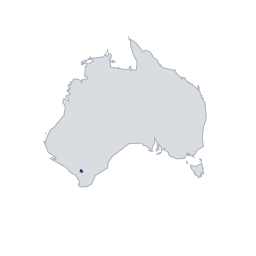 Tammin, Western Australia, Australia shown in context, rotated 327°
{"feature_id": "25037944B7078020583356", "entity_name": "Tammin", "entity_type": "district", "adm_level": 2, "iso_a3": "AUS", "parent_name": "Australia", "parent_adm1": "Western Australia", "projection": "orthographic", "projection_center": [117.495, -31.605], "detail": "fine", "context": "in_parent", "style": "filled", "palette": "blue", "viewbox_px": 256, "rotation_deg": 327, "n_neighbors": 0, "source": "geoboundaries", "source_scale": "gbopen_adm2", "svg_char_len": 4052}
<svg xmlns="http://www.w3.org/2000/svg" viewBox="0 0 256 256"><g transform="rotate(327 128 128)"><path d="M180.9,61.0L182.2,72.3L185.2,72.5L188.1,76.6L187.8,83.3L189.4,86.2L188.9,92.5L189.8,96.0L198.0,104.8L199.6,115.7L200.5,116.5L201.0,114.8L202.5,117.3L203.0,116.5L202.7,121.7L203.5,123.6L205.6,126.0L208.2,136.1L206.5,141.6L206.2,148.9L200.2,160.5L197.1,164.4L191.6,168.2L184.7,177.1L181.3,184.5L174.1,184.2L169.7,186.5L167.5,186.2L167.5,188.2L165.1,184.5L165.8,184.0L165.8,183.3L165.2,183.1L163.7,184.0L163.1,183.0L164.8,182.3L164.3,181.2L158.6,184.2L152.1,180.4L147.7,174.0L148.4,169.9L146.5,165.7L147.6,166.0L147.9,164.9L143.7,165.2L145.4,162.7L144.7,158.5L142.3,162.7L139.3,162.6L140.1,161.2L141.4,161.4L144.7,155.6L145.0,150.8L142.0,155.3L138.7,156.7L136.1,159.2L136.2,160.8L135.0,160.4L133.4,158.4L134.6,158.6L134.2,155.5L132.9,151.9L131.4,151.3L131.6,148.3L120.3,141.7L99.2,143.3L92.3,146.3L89.2,150.4L74.8,150.1L67.0,155.1L61.7,154.8L55.8,151.4L55.6,147.9L57.1,148.5L58.3,146.3L58.3,139.2L55.6,133.9L54.6,127.2L47.2,113.4L50.0,114.8L48.2,110.6L49.5,113.1L51.6,113.7L47.9,105.1L50.2,93.0L50.8,95.8L53.2,92.7L62.0,87.1L65.1,87.4L81.2,82.4L87.4,75.7L87.1,71.2L90.4,68.2L92.9,73.3L94.4,70.6L92.8,68.5L93.3,67.4L98.6,68.5L96.9,67.9L98.1,66.0L97.2,64.2L100.1,64.2L99.1,62.9L101.4,62.8L100.7,60.9L102.8,59.0L102.9,60.3L104.6,60.2L104.8,57.9L107.1,58.9L108.7,57.2L111.2,58.7L114.4,62.3L113.7,64.8L116.1,62.5L120.8,64.7L121.8,63.4L119.8,61.2L125.9,53.0L126.9,53.7L129.0,51.8L129.6,52.8L135.3,52.9L135.3,50.8L131.5,48.7L132.2,48.2L145.6,54.8L149.7,53.8L148.6,55.4L150.2,56.6L152.4,54.9L154.0,57.0L151.6,60.5L149.2,60.4L149.1,63.3L146.6,67.4L157.8,77.7L161.0,79.2L161.8,81.3L166.9,83.8L171.5,77.6L172.9,67.5L173.9,63.8L175.3,63.2L174.4,61.3L178.3,54.8L180.9,61.0ZM159.9,193.6L164.3,197.2L170.6,197.6L168.8,203.8L168.9,202.6L167.8,203.7L166.2,207.6L164.8,205.4L162.2,208.6L159.8,207.6L160.6,206.7L159.0,204.4L159.2,201.0L160.0,201.8L159.0,196.9L159.9,193.6ZM125.1,47.4L129.1,47.9L130.2,49.1L127.5,51.0L125.1,47.4ZM137.4,165.4L143.2,166.3L140.6,166.9L137.4,165.4ZM152.5,63.3L153.1,65.6L150.7,64.8L151.2,63.3L152.5,63.3ZM208.1,135.0L208.6,132.4L209.9,130.6L209.9,132.2L208.1,135.0ZM170.8,192.8L172.3,193.8L172.0,194.7L170.8,192.8ZM124.6,48.0L125.9,50.3L123.4,49.8L124.6,48.0ZM159.1,189.9L158.1,189.4L159.1,188.0L159.1,189.9ZM164.1,78.0L162.9,78.5L161.7,78.6L162.4,77.5L164.1,78.0ZM47.1,112.8L46.2,111.5L46.1,110.4L47.1,112.8ZM171.4,195.4L171.8,196.2L170.8,195.3L171.4,195.4ZM203.3,122.3L204.1,122.6L203.8,123.7L203.3,122.3ZM189.2,92.4L190.1,93.4L189.8,93.7L189.2,92.4ZM163.9,207.5L163.6,208.5L163.1,208.0L163.9,207.5ZM207.3,142.9L207.0,144.3L206.9,144.3L207.3,142.9ZM135.2,48.6L134.6,47.9L135.0,47.7L135.2,48.6ZM153.5,51.7L152.5,52.6L153.7,50.9L153.5,51.7ZM207.9,141.3L207.4,141.6L207.8,141.2L207.9,141.3ZM153.3,71.9L152.7,72.1L153.1,71.6L153.3,71.9ZM150.6,62.9L149.9,62.9L150.4,62.3L150.6,62.9ZM56.4,87.2L56.2,88.1L55.9,88.1L56.4,87.2ZM177.3,54.0L177.2,54.7L177.0,54.2L177.3,54.0ZM165.1,183.5L165.1,184.0L164.9,183.8L165.1,183.5ZM152.2,52.9L150.9,53.4L152.3,52.7L152.2,52.9ZM100.8,59.9L100.3,60.3L100.7,59.8L100.8,59.9ZM164.5,206.9L164.2,207.0L164.5,206.7L164.5,206.9ZM163.3,80.6L162.6,80.4L163.0,80.0L163.3,80.6ZM98.0,63.7L97.6,63.9L97.6,63.2L98.0,63.7ZM167.6,205.6L167.1,205.7L167.4,205.2L167.6,205.6ZM177.9,52.1L177.8,52.6L177.4,52.3L177.9,52.1ZM164.6,184.0L164.9,184.6L164.2,184.3L164.6,184.0ZM199.1,105.1L198.7,105.0L198.9,104.4L199.1,105.1ZM200.7,114.6L200.7,114.2L200.7,114.6ZM160.4,192.9L160.1,193.3L160.2,192.8L160.4,192.9Z" fill="#d9dde1" stroke="#a8b0b8" stroke-width="1"/><path d="M65.1,139.7L65.2,139.8L65.3,139.8L65.5,139.8L65.8,139.8L65.8,139.7L66.0,139.6L66.0,139.3L65.9,139.3L66.0,139.3L66.0,139.2L66.0,138.9L66.0,138.7L66.0,138.4L66.0,138.2L66.0,137.9L66.0,137.7L65.9,137.6L65.7,137.6L65.4,137.6L65.4,137.8L65.3,138.0L65.2,138.0L65.1,137.9L65.0,138.0L65.0,138.3L65.0,138.5L64.9,138.7L64.9,138.8L65.0,138.8L65.0,139.0L64.9,139.0L65.0,139.1L65.0,139.3L65.0,139.5L65.1,139.7Z" fill="#3b82f6" stroke="#1e3a8a" stroke-width="1.5"/></g></svg>